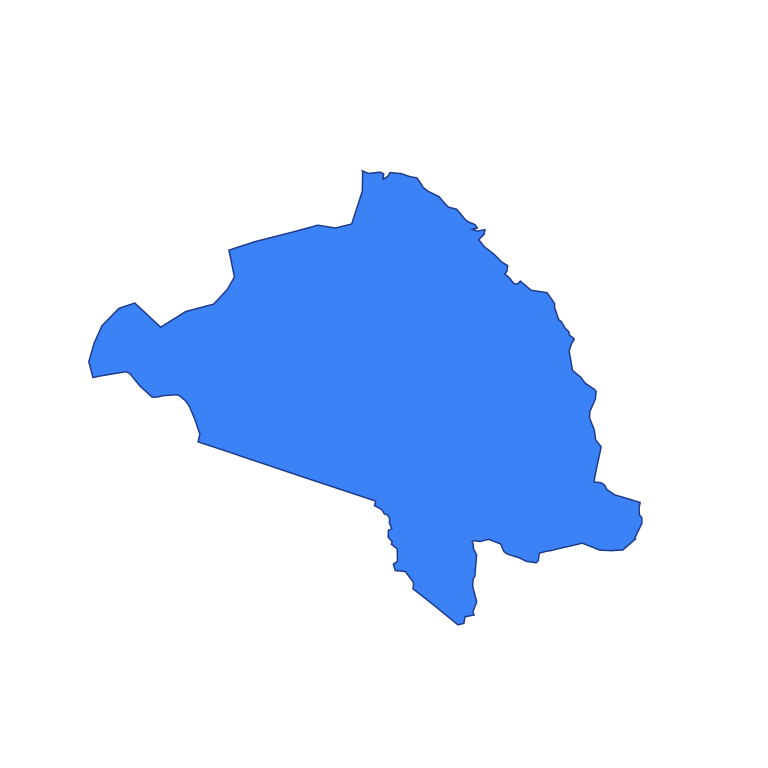 Salinas, Puerto Rico (Equal Earth projection), rotated 108°
{"feature_id": "32010507B26348414705735", "entity_name": "Salinas", "entity_type": "district", "adm_level": 2, "iso_a3": "PRI", "parent_name": "Puerto Rico", "parent_adm1": "", "projection": "equal_earth", "projection_center": [-66.255, 18.004], "detail": "fine", "context": "isolated", "style": "filled", "palette": "blue", "viewbox_px": 768, "rotation_deg": 108, "n_neighbors": 0, "source": "geoboundaries", "source_scale": "gbopen_adm2", "svg_char_len": 2423}
<svg xmlns="http://www.w3.org/2000/svg" viewBox="0 0 768 768"><g transform="rotate(108 384 384)"><path d="M204.3,346.6L203.9,352.3L203.0,356.8L195.3,368.9L195.9,377.4L193.9,381.3L188.8,389.6L187.2,401.1L184.9,407.8L182.6,410.1L177.8,416.4L178.8,423.1L178.6,432.8L181.0,443.6L185.5,444.6L189.6,448.3L184.3,449.2L183.6,453.0L188.5,463.7L188.1,470.5L189.0,469.8L207.3,464.2L227.0,464.2L229.0,464.2L241.8,464.2L242.9,465.9L250.7,478.4L253.4,496.1L256.3,500.4L259.7,505.6L267.9,518.1L278.3,534.6L287.3,548.9L289.0,551.5L289.6,552.3L292.9,556.8L298.6,564.7L304.6,572.8L328.5,559.3L342.4,562.2L360.7,570.7L363.6,575.3L376.3,594.9L379.1,597.3L386.9,603.8L397.4,612.6L399.0,614.0L384.0,646.0L394.0,659.5L415.7,670.2L434.6,672.3L454.1,671.6L467.8,662.8L464.6,657.4L452.0,633.2L452.7,628.8L461.3,615.6L468.1,600.6L466.8,596.3L463.0,589.7L458.5,578.4L458.3,574.9L461.4,567.4L464.8,562.9L467.2,560.6L476.7,552.5L488.6,543.6L496.5,542.9L496.6,513.0L496.9,492.4L497.3,451.0L497.5,431.0L497.9,359.7L497.9,359.2L498.0,355.7L502.6,355.5L504.1,347.3L507.4,343.6L507.5,340.0L510.3,337.0L514.8,335.8L519.0,331.9L521.9,334.6L528.6,332.6L531.5,327.4L534.1,327.6L536.7,320.5L548.4,316.4L552.5,319.4L558.0,315.6L555.7,305.9L562.5,296.2L563.7,294.9L564.8,294.2L569.9,293.1L577.4,272.4L590.2,239.2L587.0,234.1L580.4,235.0L575.8,226.9L573.4,229.1L562.6,228.5L549.1,237.1L542.0,239.0L538.8,238.2L517.9,243.1L513.9,246.9L513.8,247.1L513.2,248.1L510.4,248.9L508.7,249.8L506.3,251.6L505.6,250.9L504.8,248.0L504.1,244.0L499.4,236.5L500.1,223.7L506.4,218.0L507.6,214.1L507.6,201.5L508.7,193.7L507.0,184.0L504.4,182.7L496.9,184.0L492.7,177.6L491.1,174.2L483.8,162.4L483.1,161.1L474.1,146.3L475.3,127.3L472.2,116.2L468.1,105.6L453.8,97.0L453.8,97.9L436.7,95.7L431.5,97.5L429.5,100.6L423.5,103.0L417.5,103.8L418.1,130.5L415.5,139.3L412.0,143.0L410.8,147.1L412.3,154.2L410.6,154.3L407.0,154.8L402.9,155.3L376.6,158.1L371.8,165.4L362.7,169.8L352.7,178.1L346.5,179.7L333.0,178.3L325.5,180.0L324.1,182.1L321.1,192.9L316.8,198.8L312.8,208.9L295.3,218.2L287.1,218.1L283.1,216.9L282.1,217.6L279.9,223.2L277.4,224.1L274.8,229.2L270.0,234.4L268.8,237.8L258.5,245.4L254.8,246.6L246.8,257.0L249.4,273.2L244.0,286.1L247.4,287.7L248.6,291.2L244.2,297.7L241.9,303.2L238.9,301.9L233.2,303.0L231.7,309.4L226.6,319.5L222.5,331.0L217.5,338.5L210.7,335.1L206.0,335.7L209.8,342.6L209.6,347.8L206.9,343.4L204.3,346.6Z" fill="#3b82f6" stroke="#1e3a8a" stroke-width="1.5"/></g></svg>